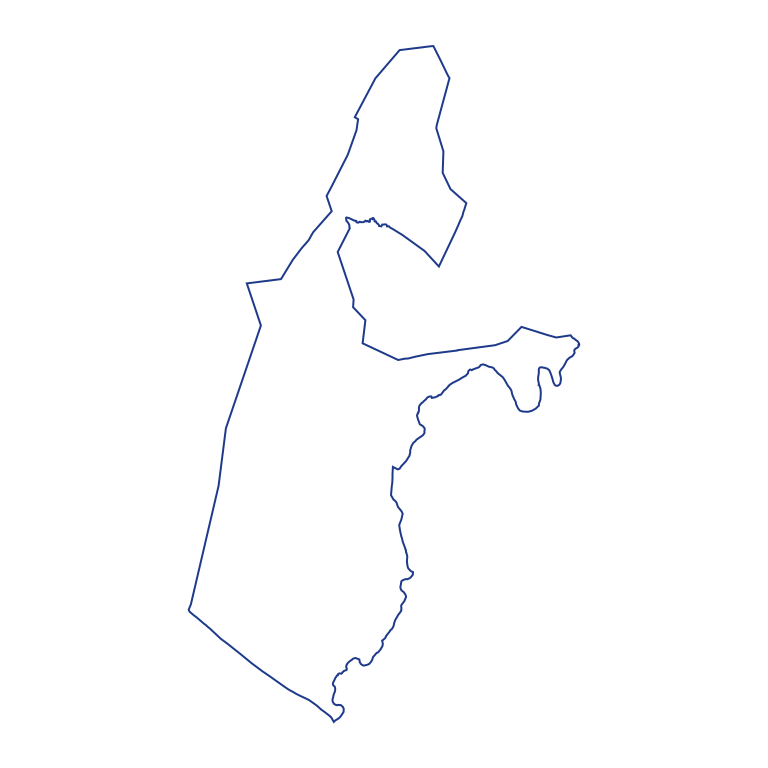 Santiago Jamiltepec, Oaxaca, Mexico
{"feature_id": "50627088B72731607601772", "entity_name": "Santiago Jamiltepec", "entity_type": "district", "adm_level": 2, "iso_a3": "MEX", "parent_name": "Mexico", "parent_adm1": "Oaxaca", "projection": "robinson", "projection_center": [-97.731, 16.225], "detail": "fine", "context": "isolated", "style": "outline", "palette": "blue", "viewbox_px": 768, "rotation_deg": 0, "n_neighbors": 0, "source": "geoboundaries", "source_scale": "gbopen_adm2", "svg_char_len": 6084}
<svg xmlns="http://www.w3.org/2000/svg" viewBox="0 0 768 768"><path d="M246.8,283.4L260.9,325.5L225.9,428.3L218.6,485.7L190.9,604.3L188.7,609.6L189.5,611.6L194.4,615.8L195.5,616.5L197.0,617.7L203.6,623.4L205.8,625.0L208.0,627.1L209.4,628.1L220.7,638.7L228.2,644.3L241.0,654.5L251.6,663.2L262.7,671.5L269.5,676.1L282.7,685.5L288.2,689.3L290.7,690.7L293.3,692.1L295.9,693.7L300.5,696.0L306.1,698.6L309.1,700.1L314.5,703.9L316.8,705.6L321.6,709.9L323.3,711.0L330.0,716.2L331.3,717.5L333.8,721.9L335.4,720.4L338.6,718.4L340.1,717.1L341.1,715.7L343.6,711.9L343.7,708.5L343.0,707.4L342.8,706.8L340.8,705.1L338.8,705.0L337.8,704.8L337.1,705.2L336.6,705.2L334.4,704.2L333.1,702.5L332.7,701.5L332.5,700.4L332.7,698.5L333.3,696.9L333.3,696.0L333.6,695.3L333.9,693.8L334.7,692.2L335.2,690.0L335.2,688.8L334.9,687.1L334.6,686.5L333.3,685.4L332.9,684.0L333.2,682.4L334.4,680.1L335.1,678.4L337.0,675.5L337.3,675.3L337.7,675.4L337.9,675.3L338.0,674.2L339.1,673.5L339.6,673.4L341.4,673.7L341.9,673.3L342.0,673.0L342.9,671.9L343.0,671.9L343.9,671.0L344.3,670.8L345.5,670.4L346.6,669.9L346.8,668.5L346.4,667.9L346.2,666.2L346.8,664.9L346.7,664.5L348.5,662.3L350.6,660.6L351.8,659.9L352.5,659.1L353.5,658.5L355.4,658.0L359.3,659.4L359.7,661.8L360.6,663.7L361.8,664.7L362.8,665.3L363.8,665.6L366.8,664.9L369.0,664.1L370.6,662.3L371.3,661.5L372.4,659.3L373.0,657.2L374.4,655.5L375.5,654.4L375.8,653.7L376.8,652.8L377.3,652.8L378.5,652.0L380.7,649.1L382.4,646.2L382.8,644.4L382.7,642.8L382.1,640.7L385.0,638.3L385.3,637.8L385.9,636.5L386.1,636.4L386.2,635.8L389.6,631.6L390.5,630.1L391.9,629.0L393.0,627.2L393.7,625.6L394.2,623.0L395.2,620.1L397.6,616.0L397.9,615.3L400.0,612.6L401.3,610.5L401.2,610.0L401.4,608.9L401.3,607.4L401.2,606.6L401.2,605.7L401.6,604.7L404.5,600.9L404.7,600.2L406.1,596.9L405.4,594.5L403.6,592.0L401.4,590.3L400.7,588.8L400.4,587.6L400.4,586.8L400.7,585.3L400.8,585.0L401.3,581.6L401.7,580.9L403.7,579.8L405.8,579.1L407.6,579.2L410.1,577.9L412.6,575.2L412.7,574.4L412.9,574.2L412.9,573.7L413.0,572.1L411.9,571.7L410.5,570.8L408.6,568.7L408.1,568.0L407.8,567.0L407.6,566.6L406.9,561.6L407.3,556.4L406.3,552.5L406.1,552.4L405.8,549.7L405.2,548.9L405.3,548.6L404.7,546.9L402.7,541.6L402.0,538.3L401.4,536.7L400.0,530.4L399.2,525.0L401.4,519.3L402.7,513.6L401.6,511.4L397.9,506.8L396.5,502.5L394.9,500.6L393.6,499.7L391.0,495.2L391.8,486.1L392.3,482.6L392.5,478.2L392.5,474.4L392.9,466.9L397.8,469.4L399.7,468.6L401.1,466.4L406.2,460.9L409.6,455.5L409.7,454.3L410.2,452.9L410.2,450.4L411.5,446.0L413.2,443.0L415.4,441.1L416.6,439.6L421.8,436.0L423.0,435.1L423.9,433.9L424.3,433.3L424.5,432.4L424.4,431.6L424.7,429.3L424.6,428.3L423.0,426.3L421.2,425.0L420.6,424.8L419.8,424.2L418.1,419.6L417.3,416.9L417.0,415.5L417.9,412.9L418.2,413.0L418.9,410.9L419.0,407.4L419.4,405.7L421.3,403.3L422.5,402.5L424.2,400.8L426.2,399.1L426.7,398.2L427.8,397.2L429.0,396.7L430.0,396.4L431.4,396.5L431.8,397.9L434.7,397.4L437.7,396.2L438.5,395.6L438.4,395.4L439.0,395.0L440.1,394.9L440.9,394.7L444.2,390.3L445.1,389.8L447.3,387.6L448.1,386.5L448.7,385.8L448.8,385.9L449.9,384.7L453.0,382.6L454.0,382.3L454.8,381.8L458.8,379.8L463.0,377.2L466.1,375.5L466.4,374.9L468.0,373.4L468.1,372.3L468.3,371.3L469.3,370.1L469.9,369.6L470.3,369.5L471.8,370.2L472.6,369.6L477.3,367.8L478.6,367.4L479.0,367.2L479.4,366.7L480.4,365.6L480.6,365.1L480.9,364.9L483.2,364.4L485.7,365.2L489.3,366.9L489.9,366.8L490.7,367.1L492.6,367.5L494.0,368.6L494.7,369.8L496.4,371.4L497.5,372.9L498.9,374.1L502.1,376.6L503.1,377.6L504.8,380.2L508.0,385.9L509.5,387.6L510.7,389.3L511.4,390.6L512.1,393.9L513.0,396.5L513.3,396.9L514.0,398.8L515.5,401.4L515.9,402.6L516.0,403.9L517.0,406.2L517.9,408.0L519.5,410.3L520.7,410.9L522.7,411.5L527.1,411.8L529.2,411.6L529.5,411.4L531.6,410.9L533.5,409.9L535.9,408.5L538.9,405.5L538.9,403.7L540.4,399.7L540.8,393.2L540.7,391.0L540.4,388.4L539.3,385.2L539.0,384.4L538.8,384.5L538.9,383.9L538.0,379.7L538.2,378.2L538.1,377.4L538.8,373.2L538.8,369.3L539.2,368.3L539.9,367.5L541.0,367.3L542.3,367.3L543.3,367.7L544.1,367.7L547.2,368.6L548.5,369.7L549.2,370.1L549.8,371.3L551.0,374.3L552.6,379.3L553.3,382.1L554.3,384.1L555.1,385.3L556.0,385.7L557.6,385.8L559.4,384.7L560.3,383.2L560.7,381.2L561.0,378.6L560.5,376.1L559.7,372.6L559.8,371.8L561.3,369.3L562.9,367.5L565.0,364.0L565.7,362.5L566.7,360.6L567.7,359.3L568.0,359.2L568.9,358.2L570.2,357.3L572.1,356.3L572.7,355.7L573.8,354.2L574.6,352.8L574.6,352.3L574.2,350.9L574.4,349.9L575.7,348.6L577.5,347.6L578.3,346.7L578.5,346.4L578.5,345.4L578.9,345.6L579.1,345.4L579.3,344.4L579.0,343.5L578.4,342.4L577.4,341.1L574.7,339.2L574.3,338.6L573.2,338.3L571.8,336.9L570.6,335.3L556.2,337.5L546.3,334.7L521.5,326.9L507.7,341.0L495.1,345.2L457.5,350.2L457.4,350.5L427.9,354.1L414.8,356.8L408.1,358.5L404.6,358.7L398.2,360.0L362.6,343.3L365.4,320.2L353.1,307.2L353.6,299.5L337.7,252.0L349.8,228.2L349.3,226.9L349.5,225.9L349.1,224.4L347.8,222.3L346.4,220.8L346.1,217.8L346.4,217.5L348.8,218.0L353.6,220.2L354.1,220.6L355.9,220.8L356.1,221.4L356.4,221.3L356.6,222.1L356.9,222.4L357.6,222.6L358.4,222.6L359.4,221.8L359.8,221.8L360.0,222.1L362.0,222.2L363.7,222.1L364.1,221.7L364.9,221.4L365.3,220.7L366.6,221.0L366.8,221.3L367.2,221.0L367.7,221.0L368.3,221.3L368.7,221.8L369.7,221.8L369.8,221.7L370.0,220.9L369.8,219.8L370.2,219.2L371.7,218.6L372.0,218.7L372.4,219.0L372.8,218.1L373.1,218.0L373.4,218.1L374.4,219.6L374.6,221.3L374.8,221.4L375.2,221.2L375.8,221.3L376.0,221.6L376.4,222.6L377.2,223.5L378.0,223.9L378.4,224.4L378.8,224.9L379.0,225.5L379.0,225.9L381.3,226.4L382.0,225.0L382.4,224.5L383.8,224.6L384.9,224.3L386.0,224.5L386.7,225.1L387.0,226.4L388.7,226.2L390.4,227.8L392.2,228.7L402.3,234.9L424.6,251.0L438.9,266.5L454.9,232.8L457.8,226.3L460.4,220.2L462.4,216.0L463.6,211.3L464.3,209.7L466.3,203.1L450.5,189.1L442.7,172.9L443.4,151.3L436.3,128.3L436.7,125.3L449.5,78.1L447.9,75.5L440.1,59.4L433.4,46.1L431.1,46.2L399.6,50.1L375.4,78.3L354.8,117.2L358.1,119.2L356.5,130.2L347.8,154.7L331.6,186.5L326.6,196.0L331.7,211.2L313.1,232.3L308.5,240.4L301.8,248.0L292.8,259.8L281.0,279.1L246.8,283.4Z" fill="none" stroke="#1e3a8a" stroke-width="2"/></svg>